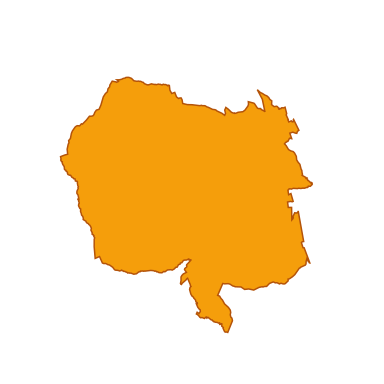 Poiana Lacului, Arges, Romania (Albers equal-area conic projection), rotated 291°
{"feature_id": "2599482B9907999216812", "entity_name": "Poiana Lacului", "entity_type": "district", "adm_level": 2, "iso_a3": "ROU", "parent_name": "Romania", "parent_adm1": "Arges", "projection": "albers", "projection_center": [24.705, 44.811], "detail": "fine", "context": "isolated", "style": "filled", "palette": "amber", "viewbox_px": 384, "rotation_deg": 291, "n_neighbors": 0, "source": "geoboundaries", "source_scale": "gbopen_adm2", "svg_char_len": 5990}
<svg xmlns="http://www.w3.org/2000/svg" viewBox="0 0 384 384"><g transform="rotate(291 192 192)"><path d="M287.9,269.7L296.2,260.8L295.8,260.7L294.3,261.5L293.9,261.3L293.4,260.4L294.0,259.2L292.1,257.3L293.7,255.7L294.1,255.9L297.7,252.3L299.1,252.3L304.5,248.5L303.1,247.0L303.0,245.9L302.7,245.5L301.6,245.1L301.6,244.1L300.6,243.9L300.5,243.3L301.5,242.6L302.3,241.0L302.4,240.3L301.1,238.0L302.1,235.0L305.7,233.8L306.3,231.5L307.7,229.8L308.6,227.4L308.6,225.2L309.2,222.6L309.4,220.1L310.9,216.3L303.8,224.4L293.4,231.1L293.2,230.8L293.7,229.3L293.5,228.5L293.9,227.5L293.8,227.1L294.5,226.2L293.7,224.1L293.7,223.1L296.7,218.9L297.1,218.0L296.5,212.2L294.2,213.3L292.3,213.4L287.4,212.1L285.2,210.7L282.9,206.4L281.6,205.1L280.9,204.1L281.0,203.4L280.6,203.3L280.5,200.4L282.3,196.2L283.1,193.3L280.2,193.2L277.4,195.1L275.3,195.0L276.2,191.7L276.6,186.2L277.0,185.4L277.1,184.0L276.5,181.6L276.9,176.9L276.8,175.5L277.2,173.2L276.2,170.3L276.3,169.7L275.4,168.4L273.5,160.8L271.9,156.3L271.3,151.6L274.4,149.8L275.9,148.2L275.4,146.9L274.5,146.0L275.2,143.5L278.8,140.2L276.7,137.8L279.1,134.9L283.3,132.7L283.4,132.1L283.1,131.3L282.5,131.3L282.9,129.0L282.3,127.5L282.3,126.5L281.3,125.8L281.1,124.9L281.2,124.0L280.8,122.9L280.7,122.0L279.3,120.0L279.3,118.9L278.9,118.5L278.4,115.3L276.5,113.1L276.0,111.8L276.1,108.7L276.9,107.2L276.7,106.4L276.9,104.9L276.8,103.8L276.4,103.3L276.4,102.3L275.6,100.9L275.0,97.9L276.4,94.8L276.4,92.2L276.2,91.4L275.3,89.3L274.5,88.8L273.3,87.0L272.1,86.0L270.7,83.9L269.8,81.7L269.3,83.5L268.9,83.8L267.4,82.2L267.6,82.0L266.9,77.8L262.5,77.0L260.6,77.4L258.3,76.6L255.2,77.1L252.9,75.9L249.0,75.1L240.5,75.8L235.9,75.6L234.2,73.4L231.5,72.7L229.0,72.7L227.5,72.1L226.6,70.7L226.0,69.1L221.2,67.6L216.1,65.4L216.0,64.3L213.5,63.4L212.9,61.4L212.2,60.5L210.7,59.6L206.2,58.5L203.6,58.4L198.4,59.3L195.8,58.4L193.9,59.5L192.3,59.3L187.2,60.1L182.7,62.4L180.8,59.8L177.9,56.6L175.9,57.9L174.8,58.0L173.8,59.1L173.7,60.1L172.9,60.2L171.5,61.4L169.9,63.6L167.5,64.8L167.0,65.9L167.1,66.4L166.3,67.0L166.2,67.9L165.6,68.7L165.0,68.9L163.9,69.9L163.8,71.6L164.1,72.7L162.7,74.6L162.7,75.8L162.0,76.7L162.3,78.1L160.5,79.2L160.8,80.9L160.3,81.5L159.4,81.7L156.9,83.2L156.3,84.0L155.2,84.0L154.7,84.5L151.6,84.3L150.3,84.7L149.4,85.1L148.4,86.6L146.1,88.2L144.2,88.1L143.8,88.7L144.3,89.1L142.7,89.5L141.5,90.6L140.9,90.8L140.3,90.5L138.5,91.0L136.5,93.1L136.3,94.1L133.7,95.0L132.7,96.0L130.9,97.2L130.1,98.7L128.6,99.9L127.3,100.3L126.7,103.5L126.0,104.0L125.4,105.1L125.3,106.6L124.7,107.3L124.3,108.7L122.6,110.6L121.9,111.1L120.2,111.3L118.2,113.4L116.8,113.9L116.8,115.0L116.3,115.3L116.1,116.1L115.3,116.3L114.4,117.5L112.7,117.7L105.8,120.3L95.3,125.4L98.6,128.8L93.6,133.8L93.6,135.4L94.2,136.6L94.3,137.9L94.0,139.3L94.3,141.1L93.3,145.0L91.7,147.5L91.6,148.4L92.3,151.0L92.4,152.9L93.9,154.4L93.5,155.1L93.7,156.1L93.4,156.7L93.8,157.7L93.6,159.1L93.8,159.8L93.3,161.0L94.0,162.2L93.9,162.8L94.4,164.1L94.4,167.1L95.8,169.5L98.3,170.9L99.0,172.2L99.6,172.2L100.6,174.4L100.7,175.3L101.1,175.7L101.2,176.3L104.0,181.6L104.8,184.4L104.7,185.6L105.2,186.5L104.8,187.9L105.2,188.5L104.9,190.0L105.6,192.4L106.2,193.3L107.4,193.8L107.8,194.3L107.7,195.0L108.0,195.5L110.4,197.0L111.9,200.1L112.0,201.5L113.9,203.1L115.8,203.8L116.6,205.1L119.3,205.4L120.3,206.7L121.5,206.6L122.3,207.8L125.0,208.5L125.7,209.3L126.6,211.4L128.3,212.9L128.3,213.2L127.5,213.6L128.3,215.2L128.1,215.4L126.4,214.8L122.2,213.1L121.7,213.1L120.9,213.8L120.1,213.9L118.0,212.7L117.2,212.7L116.8,212.9L115.0,215.6L112.3,213.2L110.5,212.5L108.7,212.2L105.4,213.5L102.5,214.0L102.3,214.5L101.9,214.7L101.9,215.3L103.2,215.5L107.9,218.0L108.9,218.1L109.9,218.8L104.9,223.6L103.8,224.2L103.5,224.9L102.0,224.4L100.1,224.7L96.4,227.4L94.8,229.3L94.8,229.9L94.0,231.4L93.5,231.8L92.6,233.8L90.8,235.1L90.5,236.6L89.7,237.0L89.2,236.1L86.5,238.7L85.2,240.8L85.0,241.8L83.5,242.6L81.1,242.1L81.6,239.9L79.7,239.8L79.5,241.1L78.9,242.6L77.9,244.2L77.7,245.2L78.4,246.4L78.4,249.0L80.4,250.0L80.5,250.4L79.6,251.1L80.7,251.9L79.5,255.7L79.7,256.8L79.1,257.5L79.0,258.9L78.7,259.0L78.9,260.9L79.3,262.3L79.1,263.8L79.7,264.6L79.3,265.4L78.4,265.3L78.3,265.6L79.6,266.7L79.6,267.1L77.4,267.9L76.7,269.8L75.8,269.9L73.4,272.4L73.1,273.2L73.7,274.5L73.7,275.7L86.3,275.9L87.8,275.0L88.8,274.1L89.1,273.1L91.1,271.7L93.4,271.3L95.4,270.1L97.3,267.4L99.2,262.5L102.1,259.1L103.0,257.2L104.7,255.1L104.7,253.0L117.6,253.5L117.9,255.2L119.4,258.6L119.6,260.5L118.9,263.7L119.1,265.3L119.0,266.2L120.9,271.8L119.9,276.0L121.8,279.7L122.6,284.8L127.0,288.8L128.8,291.6L128.7,292.2L129.8,293.6L130.6,295.5L134.4,297.1L137.0,299.9L137.2,300.4L137.0,302.3L137.8,303.9L137.5,306.6L138.5,307.5L138.8,308.4L138.8,309.8L139.3,311.2L139.9,311.9L143.5,313.6L145.1,312.9L145.8,314.0L148.8,316.1L151.7,317.6L159.4,319.5L160.1,320.3L160.7,320.4L164.4,324.0L165.7,324.2L168.2,323.4L171.4,323.1L170.7,324.2L170.1,324.3L168.7,325.5L168.6,326.3L167.9,327.0L168.0,327.4L180.1,316.7L179.8,315.6L183.9,312.3L185.0,312.7L185.8,314.0L212.4,297.9L211.6,298.1L210.2,297.6L209.7,296.7L209.4,295.3L205.3,295.1L204.2,295.8L203.3,295.8L201.7,295.2L213.3,290.5L212.1,287.4L216.9,284.8L218.5,287.3L218.8,289.1L219.5,289.8L226.0,284.9L224.1,283.2L228.1,280.9L228.9,281.5L229.7,281.5L230.1,282.2L230.3,283.7L231.7,285.2L233.0,289.3L233.8,290.3L234.3,292.4L235.2,293.8L236.0,295.9L237.2,297.2L237.6,298.2L238.0,298.5L239.1,298.5L239.7,300.4L242.0,301.5L242.6,300.4L243.2,301.1L243.4,301.0L243.7,299.7L243.5,298.5L244.2,297.2L244.4,295.8L245.4,295.2L245.5,294.5L246.2,294.3L245.6,293.5L246.4,293.1L247.0,288.8L248.2,288.8L249.2,288.0L251.6,286.7L252.4,285.7L256.5,282.8L257.8,280.4L259.5,278.2L262.7,276.6L265.2,273.7L266.0,272.0L265.8,269.7L266.0,267.8L266.5,266.5L269.1,263.2L270.1,261.1L272.0,261.7L272.6,262.5L273.4,262.6L273.7,263.4L277.1,263.8L277.6,264.7L277.3,265.3L277.5,266.0L282.0,262.2L284.0,264.7L284.0,267.3L284.3,268.8L286.4,268.7L287.9,269.7Z" fill="#f59e0b" stroke="#b45309" stroke-width="1.5"/></g></svg>